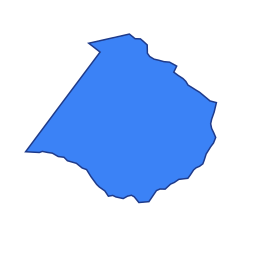 outline of Prata do Piauí, Piauí, Brazil, rotated 126°
{"feature_id": "56859067B9485913945767", "entity_name": "Prata do Piauí", "entity_type": "district", "adm_level": 2, "iso_a3": "BRA", "parent_name": "Brazil", "parent_adm1": "Piauí", "projection": "albers", "projection_center": [-42.169, -5.724], "detail": "fine", "context": "isolated", "style": "filled", "palette": "blue", "viewbox_px": 256, "rotation_deg": 126, "n_neighbors": 0, "source": "geoboundaries", "source_scale": "gbopen_adm2", "svg_char_len": 968}
<svg xmlns="http://www.w3.org/2000/svg" viewBox="0 0 256 256"><g transform="rotate(126 128 128)"><path d="M55.5,71.4L57.9,77.6L57.0,91.1L57.4,95.8L58.0,104.7L56.3,108.6L55.7,112.5L56.0,118.7L55.9,123.8L49.3,125.0L50.3,133.1L53.2,137.9L55.2,143.2L57.0,147.4L57.4,152.5L56.1,156.3L53.3,158.4L49.5,161.3L49.0,165.5L48.6,170.3L51.6,174.8L51.2,182.1L82.5,209.6L83.0,195.2L151.2,196.2L207.4,196.9L199.9,185.3L197.3,183.6L195.1,178.8L192.8,174.4L192.1,167.7L189.3,162.6L190.1,157.8L186.9,149.0L187.3,141.6L186.0,137.1L189.2,129.2L192.1,120.1L192.6,116.5L192.5,109.8L194.7,103.8L191.5,100.7L190.9,97.3L187.9,90.4L183.4,88.3L180.4,85.7L180.0,82.5L181.9,75.4L175.3,67.8L161.9,68.2L158.6,66.3L155.6,62.0L148.4,60.6L144.8,58.5L139.7,56.7L133.5,50.0L129.5,50.0L123.3,50.3L120.1,49.5L116.9,47.6L113.0,46.4L109.4,47.4L103.1,49.5L94.5,50.1L89.9,50.0L84.1,51.5L81.5,55.8L79.2,60.1L76.0,63.6L71.7,65.5L64.4,67.7L55.5,71.4Z" fill="#3b82f6" stroke="#1e3a8a" stroke-width="1.5"/></g></svg>